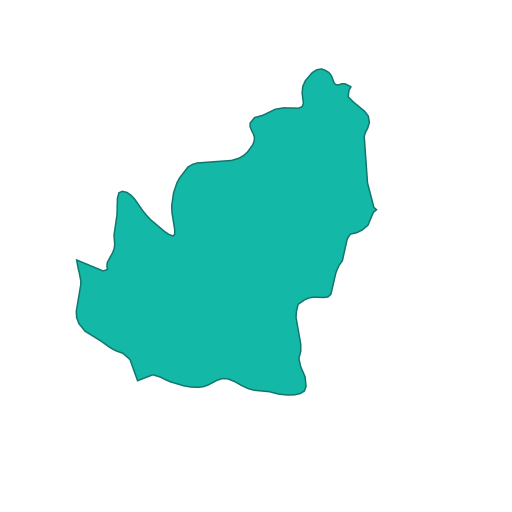 Berea, Equal Earth projection, rotated 141°
{"feature_id": "LSO-1202", "entity_name": "Berea", "entity_type": "District", "adm_level": 1, "iso_a3": "LSO", "parent_name": "Lesotho", "parent_adm1": "", "projection": "equal_earth", "projection_center": [27.891, -29.155], "detail": "fine", "context": "isolated", "style": "filled", "palette": "teal", "viewbox_px": 512, "rotation_deg": 141, "n_neighbors": 0, "source": "natural_earth", "source_scale": "10m", "svg_char_len": 1897}
<svg xmlns="http://www.w3.org/2000/svg" viewBox="0 0 512 512"><g transform="rotate(141 256 256)"><path d="M75.8,327.7L79.6,326.2L84.2,321.6L83.4,314.4L80.5,300.0L80.7,294.0L83.8,288.5L88.5,285.2L93.3,283.1L96.6,280.9L123.3,242.7L133.8,219.6L133.2,216.1L137.2,216.1L149.6,209.5L157.3,209.4L163.1,210.7L168.9,213.6L174.3,211.9L191.8,198.0L197.2,196.5L201.3,194.5L204.7,192.5L221.9,179.1L225.8,178.9L229.7,181.3L236.9,187.6L241.0,190.0L245.8,191.4L253.7,191.9L259.3,187.6L263.6,183.0L276.8,159.2L281.2,153.8L287.2,149.3L290.9,141.9L293.9,131.2L299.1,123.2L303.5,120.6L308.2,121.3L313.5,123.9L319.3,128.4L325.2,134.3L331.0,142.1L341.6,152.5L345.5,157.8L348.7,164.4L351.6,171.8L355.4,178.5L359.6,182.1L364.5,183.9L374.4,185.9L379.0,187.5L383.6,190.3L388.9,195.0L393.7,200.4L401.7,212.0L404.3,217.0L406.5,222.0L410.9,228.6L426.5,233.6L419.1,254.8L420.6,264.0L424.3,270.1L425.9,273.6L427.3,277.4L429.8,286.8L436.2,305.1L436.2,314.8L434.1,321.1L430.4,326.2L410.1,344.1L407.8,346.9L403.9,354.2L402.5,357.3L397.9,365.8L384.3,340.7L382.3,339.8L379.8,339.1L378.7,341.3L377.1,343.2L375.3,344.7L365.3,348.8L361.7,350.9L358.6,353.8L353.2,361.6L338.2,375.4L327.4,388.0L322.8,391.4L319.2,390.4L316.3,386.7L314.9,382.1L314.5,376.4L315.5,362.7L315.5,356.4L315.1,350.6L311.7,332.9L310.2,327.8L308.1,324.0L305.7,323.9L302.8,327.3L294.1,342.4L290.1,347.9L280.4,356.9L271.6,362.5L266.5,364.7L252.8,368.0L247.2,367.0L243.0,365.2L214.8,345.6L207.3,342.6L202.1,341.9L197.4,342.1L188.8,344.4L185.4,346.3L182.8,348.8L181.3,352.2L180.5,356.0L179.3,360.1L176.9,363.0L170.0,364.5L162.5,361.2L148.7,357.9L141.5,353.9L129.9,344.1L126.2,343.0L123.0,344.9L117.6,353.6L113.0,358.3L107.3,361.2L96.9,363.1L91.6,362.5L87.3,360.1L85.2,356.5L83.9,352.8L83.9,349.9L84.2,348.0L86.4,341.1L86.2,339.4L85.4,338.0L83.6,336.8L81.3,336.0L79.5,334.8L78.2,333.4L76.1,328.7L75.8,327.7Z" fill="#14b8a6" stroke="#0f766e" stroke-width="1.5"/></g></svg>